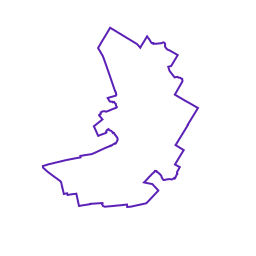 the district of Fundulea, Calarasi, Romania, rotated 210°
{"feature_id": "2599482B1760038642223", "entity_name": "Fundulea", "entity_type": "district", "adm_level": 2, "iso_a3": "ROU", "parent_name": "Romania", "parent_adm1": "Calarasi", "projection": "orthographic", "projection_center": [26.52, 44.463], "detail": "fine", "context": "isolated", "style": "outline", "palette": "violet", "viewbox_px": 256, "rotation_deg": 210, "n_neighbors": 0, "source": "geoboundaries", "source_scale": "gbopen_adm2", "svg_char_len": 5239}
<svg xmlns="http://www.w3.org/2000/svg" viewBox="0 0 256 256"><g transform="rotate(210 128 128)"><path d="M148.0,213.6L148.3,213.5L148.6,213.7L149.3,213.9L149.9,213.4L150.1,213.4L151.3,214.0L153.5,215.2L154.8,215.8L157.3,216.9L157.4,210.6L157.6,205.7L157.5,203.7L161.8,205.1L162.1,205.2L175.8,205.5L188.3,205.8L193.6,205.9L193.7,197.2L193.8,192.7L193.9,190.2L193.9,188.3L193.9,182.3L185.4,177.5L185.1,177.2L183.1,175.5L177.7,170.9L168.8,163.2L157.6,153.4L157.5,153.5L157.4,153.4L157.0,153.2L156.1,152.6L155.5,151.6L155.4,151.5L154.8,151.1L154.8,150.9L154.8,150.5L154.7,149.9L156.3,148.3L160.1,144.4L160.6,143.8L157.7,142.2L157.3,142.1L156.6,141.9L155.9,142.3L155.3,142.6L154.3,143.1L154.0,142.7L153.3,143.2L153.0,143.6L152.4,143.3L152.0,143.1L151.8,143.1L151.3,142.9L150.4,142.7L150.4,142.4L150.3,142.2L150.2,142.0L149.9,141.7L149.6,141.5L148.9,140.9L148.5,140.9L148.1,140.4L148.0,140.2L148.1,139.9L149.7,138.0L151.1,136.3L152.2,134.7L155.2,131.1L155.7,131.1L156.1,131.0L157.1,130.6L157.5,130.3L157.8,130.1L158.2,129.7L158.6,129.3L159.4,127.9L159.2,127.6L158.9,127.2L159.0,126.8L159.1,126.4L159.0,126.1L158.8,126.0L159.0,125.7L159.3,125.3L159.5,124.7L159.3,124.5L158.9,124.3L158.5,124.2L155.7,123.2L154.4,122.7L158.4,112.4L154.4,109.6L151.6,107.5L149.9,106.3L148.5,108.0L148.1,108.6L146.7,110.2L144.6,112.8L144.4,113.2L144.4,113.4L144.6,113.5L145.1,113.8L145.3,114.3L145.3,114.5L145.2,114.9L145.1,115.3L145.1,115.8L145.0,116.1L144.9,116.3L144.3,117.3L143.7,116.8L143.5,116.7L143.4,116.7L143.1,116.7L142.6,116.8L142.0,117.0L141.5,117.1L141.2,117.1L139.8,116.8L138.7,116.2L138.5,116.7L138.3,116.8L138.0,116.8L137.8,116.7L137.5,116.6L137.2,116.4L137.0,116.2L136.7,116.1L136.4,115.9L136.2,115.9L135.9,115.9L135.8,115.7L135.7,115.6L135.5,115.4L135.3,115.4L135.1,115.4L134.7,115.2L134.4,115.1L134.1,114.9L133.9,114.9L133.6,114.7L133.4,114.7L133.2,114.5L132.8,114.3L132.7,114.3L132.2,114.0L131.9,113.7L131.7,113.5L131.5,113.4L131.4,113.1L131.3,112.8L131.0,112.3L130.9,112.0L130.9,111.7L131.0,111.6L131.0,111.4L130.9,111.1L130.9,110.9L130.9,110.7L130.9,110.4L130.9,110.2L130.9,109.9L130.9,109.3L130.8,109.1L130.9,108.8L130.9,108.6L130.9,108.4L131.3,107.9L131.8,108.0L132.0,107.5L132.4,106.9L133.1,105.5L133.6,104.4L134.0,103.8L134.3,104.0L134.6,103.6L134.8,103.2L135.9,101.6L136.1,101.4L136.3,101.2L137.9,99.1L144.3,90.0L146.4,87.2L152.8,82.1L155.3,80.0L154.4,78.8L156.6,77.0L160.8,73.4L165.5,69.3L178.8,56.7L182.1,53.1L182.7,52.5L181.8,51.4L181.5,51.1L181.2,51.0L180.6,50.9L179.2,50.7L176.7,50.1L175.5,49.9L173.2,49.6L167.3,48.9L165.0,48.7L162.6,48.4L161.5,48.3L159.3,48.0L158.7,47.5L157.8,46.5L156.9,45.5L155.7,44.2L155.7,44.3L155.6,44.2L154.7,43.2L151.3,39.6L150.6,38.8L148.1,41.0L146.9,39.8L142.8,43.1L141.1,44.3L139.9,45.3L131.5,36.0L122.6,43.2L122.8,43.4L121.1,44.6L119.9,45.3L118.6,46.2L117.7,46.9L115.0,48.6L112.7,50.2L112.5,50.3L112.4,50.2L112.4,49.9L112.4,49.7L112.5,49.5L112.7,49.2L112.2,48.9L111.9,48.9L111.0,48.1L110.9,48.0L108.8,48.2L108.3,48.5L106.8,49.6L103.2,52.1L102.5,52.6L101.6,53.2L100.1,54.4L98.9,55.2L96.6,56.8L95.5,57.6L94.5,58.3L93.9,58.8L90.6,61.2L89.2,59.2L86.2,61.3L77.2,69.5L74.7,71.8L74.5,72.0L74.4,72.2L74.0,74.0L73.9,74.3L73.3,76.8L72.7,79.4L71.1,86.1L70.5,88.7L70.4,88.9L70.4,89.0L70.5,89.1L78.9,91.6L83.5,90.0L85.9,89.2L86.9,88.9L86.4,90.6L85.9,92.8L85.5,94.6L85.3,95.9L85.1,96.6L84.7,97.8L84.6,98.2L84.3,99.9L84.1,100.4L83.2,103.1L83.3,103.4L83.3,103.8L83.3,104.1L83.2,104.1L83.1,104.3L81.9,105.0L81.6,104.9L81.4,104.7L81.2,104.4L80.8,104.5L80.1,104.4L79.7,104.5L79.4,104.5L78.4,104.1L78.1,104.0L77.7,104.0L77.1,104.0L76.6,103.8L76.3,103.6L76.0,103.5L75.2,103.2L74.9,102.9L74.4,102.4L73.8,101.9L73.1,101.5L71.4,100.7L71.1,100.8L70.7,101.0L70.2,101.4L69.9,101.7L69.6,102.0L69.3,102.3L68.6,103.0L67.5,103.8L66.6,104.4L66.3,104.6L66.1,104.7L64.9,105.1L64.3,105.4L64.1,105.6L63.9,105.9L63.4,106.9L63.2,107.3L63.1,107.7L62.6,107.7L62.2,107.6L62.1,108.0L62.1,108.4L62.1,108.5L62.2,108.9L62.3,109.1L62.3,109.5L62.4,109.9L62.3,110.2L62.3,110.4L62.4,110.9L62.5,111.5L62.5,111.9L62.4,112.2L62.3,112.6L62.2,112.7L62.2,112.8L62.3,113.0L62.8,113.3L63.2,113.7L63.3,113.8L63.4,114.0L63.5,114.3L63.5,114.5L63.5,115.0L63.5,117.4L63.6,117.9L63.6,118.8L63.6,119.4L63.6,120.0L69.1,119.9L68.8,133.0L68.7,136.7L78.3,137.0L78.2,137.7L77.6,160.3L77.6,160.6L77.9,160.6L77.4,180.3L86.3,180.3L93.2,180.2L104.1,180.3L104.2,195.8L104.3,196.0L104.7,196.4L105.7,197.7L105.8,197.7L106.2,197.5L106.4,197.4L106.5,197.4L106.9,197.5L107.1,197.5L107.4,197.5L107.8,197.5L108.3,197.5L108.9,197.2L109.3,197.0L109.5,196.9L110.0,196.9L110.4,197.1L110.6,197.1L111.3,196.5L111.4,196.4L111.9,196.0L112.9,195.2L113.0,195.1L113.4,195.4L113.6,195.5L113.9,195.6L114.0,195.7L114.7,195.8L115.1,196.0L118.8,197.5L120.6,198.3L121.0,198.6L123.0,200.4L123.3,200.9L123.7,201.2L121.6,203.3L121.4,216.0L131.1,216.0L131.7,215.8L132.4,215.7L132.7,215.7L133.5,215.8L134.3,215.9L134.5,216.0L135.2,216.3L136.4,216.9L136.7,217.1L137.3,218.1L137.5,218.8L137.7,219.0L137.8,219.3L138.1,219.5L138.5,219.8L138.9,219.9L139.5,220.0L140.0,219.9L140.3,219.7L140.6,219.4L140.9,218.9L141.1,218.6L141.5,218.2L142.2,217.6L143.5,216.7L145.3,215.4L145.7,215.0L146.0,214.9L146.6,214.6L147.0,214.4L147.7,214.2L148.1,214.2L148.0,213.6Z" fill="none" stroke="#5b21b6" stroke-width="2"/></g></svg>